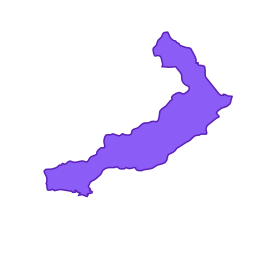 outline of Xaignabouri, rotated 52°
{"feature_id": "LAO-3278", "entity_name": "Xaignabouri", "entity_type": "Province", "adm_level": 1, "iso_a3": "LAO", "parent_name": "Laos", "parent_adm1": "", "projection": "natural_earth1", "projection_center": [101.237, 18.696], "detail": "fine", "context": "isolated", "style": "filled", "palette": "violet", "viewbox_px": 256, "rotation_deg": 52, "n_neighbors": 0, "source": "natural_earth", "source_scale": "10m", "svg_char_len": 4296}
<svg xmlns="http://www.w3.org/2000/svg" viewBox="0 0 256 256"><g transform="rotate(52 128 128)"><path d="M75.7,43.5L75.3,42.8L75.0,41.7L75.3,40.2L76.9,37.7L79.2,38.1L82.2,39.0L84.5,38.9L86.8,38.4L88.9,36.9L90.4,37.0L91.8,36.4L92.5,36.0L93.2,35.9L94.2,36.1L95.1,36.0L95.7,35.7L100.6,32.5L101.6,31.4L102.8,30.3L103.6,29.8L104.6,29.7L113.1,31.2L116.3,32.4L118.7,34.5L119.0,33.9L119.4,33.1L119.6,32.7L120.1,32.7L121.1,33.9L122.2,33.5L123.9,31.6L125.7,30.2L126.3,29.9L127.2,30.0L127.9,30.4L128.5,30.8L129.9,31.6L134.4,35.0L136.0,35.5L156.9,35.3L159.5,34.7L161.0,32.7L160.2,32.1L161.1,31.1L162.6,30.3L163.7,29.9L164.4,29.4L166.4,27.2L167.2,26.5L168.8,28.7L169.8,30.1L170.9,31.3L171.7,32.9L171.8,36.8L170.5,40.6L169.9,42.1L169.9,47.1L170.7,49.1L172.7,49.2L174.7,49.0L175.3,49.6L174.7,52.5L174.8,63.5L175.1,64.6L175.7,65.7L176.5,66.8L177.6,67.6L180.4,69.0L181.0,69.9L180.6,70.7L178.3,73.4L177.7,74.7L177.4,76.3L175.8,79.0L175.4,80.1L175.3,81.6L175.8,86.5L175.7,88.2L175.1,90.9L174.4,98.9L174.3,100.4L174.0,101.3L173.9,102.2L174.2,102.9L174.5,103.5L174.7,104.3L174.9,106.0L174.8,107.9L174.1,110.9L173.9,112.4L174.3,113.7L177.2,117.3L178.0,120.0L177.5,122.5L175.4,127.4L175.1,129.1L174.8,132.6L174.5,134.1L172.3,138.5L171.2,140.1L169.7,144.0L169.0,144.8L168.8,145.1L167.3,146.5L166.5,146.9L165.6,147.1L164.7,147.0L164.0,146.5L162.9,147.6L161.6,150.6L160.9,151.9L159.3,153.1L158.3,153.6L158.0,154.4L158.0,155.3L157.8,156.1L157.1,157.2L156.1,158.5L154.9,159.6L153.7,160.0L152.2,160.3L151.5,161.1L151.2,162.2L150.6,163.4L147.3,167.6L146.1,170.3L145.8,173.6L146.2,174.7L147.5,177.3L147.8,178.3L148.2,184.2L148.0,186.7L147.6,189.0L147.5,191.1L149.0,193.9L149.3,194.7L149.8,195.3L150.9,195.5L152.5,195.2L153.1,195.4L153.5,196.7L154.0,196.7L154.5,196.2L155.5,195.6L156.4,195.5L156.9,196.4L156.7,197.0L155.4,199.5L155.4,200.0L155.9,200.4L156.0,200.5L155.2,200.9L156.8,202.3L155.4,203.4L153.1,204.5L151.7,206.1L151.4,206.8L151.1,207.4L150.8,208.0L150.7,208.2L150.0,206.6L149.9,206.1L149.8,205.8L149.6,205.7L149.4,205.8L149.0,206.1L148.1,207.1L147.1,207.2L146.0,207.1L145.1,207.5L144.6,208.2L145.1,208.4L145.8,208.5L146.2,208.6L146.1,209.1L146.0,209.3L144.8,211.1L144.3,211.3L143.8,211.3L142.9,211.6L135.2,218.7L133.9,220.7L132.5,223.7L132.1,224.4L131.3,224.8L130.3,225.0L129.6,225.4L129.5,226.7L128.3,228.6L127.9,229.0L127.2,229.5L126.7,229.3L124.7,228.3L122.6,226.9L121.4,226.7L120.5,225.3L119.3,224.1L118.1,223.2L116.7,222.4L113.7,221.7L111.2,221.2L110.1,220.2L110.0,218.4L111.0,216.7L113.3,213.6L114.8,209.9L114.9,209.3L115.3,207.8L115.1,206.1L115.0,205.3L115.1,204.6L115.6,204.1L116.2,203.7L116.3,203.5L116.3,203.3L116.3,203.1L116.2,203.0L115.8,202.4L115.6,201.9L115.7,201.3L116.2,200.9L117.7,200.2L118.0,199.2L117.8,196.4L118.1,194.7L118.6,193.8L120.8,192.5L122.6,190.6L123.7,188.6L124.6,186.5L125.8,184.3L126.8,183.5L129.0,181.9L129.5,180.8L129.3,179.7L128.1,176.6L127.9,175.0L128.2,173.6L129.2,170.5L129.4,169.2L129.1,168.5L128.7,168.0L128.2,167.7L127.8,167.3L127.2,165.6L127.0,165.0L126.9,162.1L127.1,161.3L127.5,160.7L128.6,159.2L128.9,158.7L128.2,157.6L123.8,155.3L123.2,154.7L121.6,153.0L120.6,151.5L120.1,150.1L120.5,148.4L122.5,146.1L123.0,144.5L123.2,143.7L123.5,143.3L127.9,140.5L128.9,139.5L129.1,138.6L129.0,136.7L129.2,135.9L129.7,135.4L130.9,134.9L131.5,134.5L133.5,132.5L134.4,131.1L134.7,129.9L134.4,128.6L132.7,126.7L132.4,125.2L132.6,123.9L133.6,121.2L134.0,119.8L133.6,114.9L133.7,113.3L134.2,111.9L135.9,109.7L136.6,108.4L137.3,105.7L137.8,104.6L140.8,101.3L140.2,98.9L138.3,96.5L135.3,93.5L134.4,92.5L134.0,91.2L133.8,89.3L134.0,84.5L132.6,77.6L132.6,77.1L132.7,76.7L132.7,76.2L132.5,75.5L132.1,75.2L130.9,74.9L130.5,74.5L130.0,72.1L130.4,68.7L131.5,65.8L133.0,64.7L134.6,64.2L135.6,62.4L135.9,60.1L135.8,58.0L135.5,57.0L135.2,56.1L134.6,55.5L133.7,54.9L132.5,54.6L131.8,54.8L131.2,55.3L130.4,55.8L128.7,56.3L126.7,56.6L124.7,56.4L122.8,55.6L119.8,53.5L118.2,52.8L116.3,52.6L110.1,52.7L109.7,52.6L109.4,52.6L108.7,53.1L108.4,53.5L107.6,55.1L104.8,58.9L101.6,62.3L100.9,63.4L100.4,63.2L99.9,62.3L99.3,61.5L98.2,60.9L92.6,58.5L90.8,58.6L89.3,59.8L88.5,61.2L88.0,62.3L86.7,62.4L84.8,61.7L82.8,60.7L81.5,59.9L80.7,58.9L80.5,57.7L80.5,56.3L80.2,55.0L79.7,53.9L78.3,51.9L77.7,50.9L77.3,49.5L77.1,46.8L76.9,45.5L76.4,44.5L75.7,43.5Z" fill="#8b5cf6" stroke="#5b21b6" stroke-width="1.5"/></g></svg>